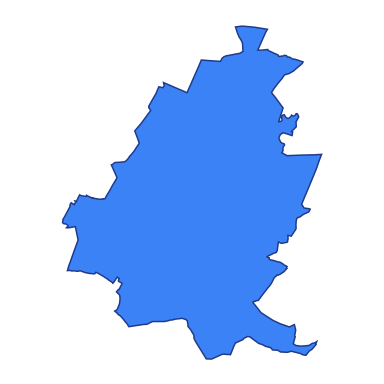 Ayapango, México, Mexico (Albers equal-area conic projection), rotated 181°
{"feature_id": "50627088B15580973923265", "entity_name": "Ayapango", "entity_type": "district", "adm_level": 2, "iso_a3": "MEX", "parent_name": "Mexico", "parent_adm1": "México", "projection": "albers", "projection_center": [-98.817, 19.12], "detail": "fine", "context": "isolated", "style": "filled", "palette": "blue", "viewbox_px": 384, "rotation_deg": 181, "n_neighbors": 0, "source": "geoboundaries", "source_scale": "gbopen_adm2", "svg_char_len": 5861}
<svg xmlns="http://www.w3.org/2000/svg" viewBox="0 0 384 384"><g transform="rotate(181 192 192)"><path d="M174.8,25.4L169.5,25.3L160.8,29.4L158.8,30.3L158.2,30.4L151.1,30.1L150.7,30.0L148.9,34.7L147.5,38.4L146.0,41.7L138.3,45.4L137.7,46.5L133.9,48.5L131.6,48.2L128.9,46.2L123.5,42.4L122.8,41.8L118.8,40.6L115.9,39.0L110.5,37.7L108.8,35.5L103.6,35.3L100.7,33.6L93.7,33.4L89.9,34.5L81.1,32.5L78.4,31.2L75.3,30.7L72.9,33.8L71.8,35.2L69.3,36.8L67.3,39.2L65.2,41.8L65.4,42.5L65.5,42.5L64.7,44.6L67.0,43.1L69.1,42.8L72.1,40.7L76.4,40.1L80.7,39.8L85.6,40.4L87.6,41.8L88.1,42.1L86.3,49.0L86.4,49.4L86.9,49.8L86.1,54.3L86.1,54.6L85.9,55.7L87.3,61.2L90.3,59.8L91.0,59.2L92.7,58.9L101.5,61.8L104.6,63.2L108.7,65.0L120.8,72.5L129.1,82.6L128.6,83.5L126.7,83.9L125.0,84.7L123.8,84.7L118.9,91.6L114.0,98.1L112.6,99.7L111.0,102.1L108.5,107.3L107.4,108.7L106.2,109.5L105.5,110.5L104.7,110.3L103.0,111.0L102.3,111.4L101.5,112.0L99.1,113.6L98.5,114.1L97.7,115.0L95.9,117.1L96.4,117.2L96.3,117.4L95.6,119.1L97.3,120.1L98.4,120.4L100.1,121.9L102.9,123.4L105.0,123.7L109.5,125.0L112.3,125.5L113.2,125.8L113.4,126.2L113.7,126.8L113.6,127.5L115.1,127.9L115.9,128.7L108.6,132.5L106.8,132.9L105.8,134.8L105.0,141.4L104.7,143.5L103.7,143.1L101.7,142.2L96.0,143.4L95.4,144.3L95.6,145.1L95.1,146.7L95.4,150.3L92.0,149.6L87.7,156.3L87.3,157.5L87.5,160.9L87.5,161.2L87.3,165.1L86.6,167.7L84.6,168.7L84.3,168.7L84.0,168.8L83.8,168.9L83.3,169.2L82.6,169.8L80.4,171.4L80.0,171.7L75.6,173.8L75.2,174.0L74.8,174.3L74.5,174.8L74.2,175.5L73.5,176.9L74.6,177.3L79.8,178.0L82.1,181.7L79.8,187.7L77.4,193.6L72.9,205.0L68.0,217.5L65.4,225.6L63.1,231.9L71.7,231.2L73.5,231.2L83.1,230.8L97.5,230.0L102.9,232.8L101.7,234.9L101.7,235.9L102.1,236.7L101.2,239.3L100.3,240.6L100.4,241.4L101.1,242.0L102.5,242.2L103.5,243.0L104.3,243.4L104.6,244.2L105.3,245.7L105.8,246.4L106.0,248.0L104.6,251.1L103.2,251.9L102.1,252.9L97.4,251.6L95.3,250.9L92.9,250.2L92.4,253.8L93.6,254.2L88.9,259.0L89.2,264.0L86.6,268.9L87.9,271.9L89.1,272.2L90.4,270.4L91.2,269.8L92.1,269.8L93.0,270.1L93.8,270.6L94.2,269.5L96.2,267.6L97.5,267.2L99.6,268.4L101.0,270.8L101.8,270.7L102.4,270.5L102.9,270.1L103.4,269.4L103.6,268.8L103.8,268.0L103.6,267.3L103.3,266.5L103.3,265.4L103.5,264.8L104.7,264.1L106.6,263.8L102.4,277.6L111.0,288.9L113.1,291.3L114.2,293.0L111.7,297.0L107.8,302.3L103.9,307.1L101.6,310.7L96.8,312.2L95.4,313.1L92.7,314.7L88.3,318.7L86.7,320.0L84.0,322.5L83.2,324.0L90.5,326.3L92.3,326.7L93.6,326.6L95.9,328.0L97.3,328.7L98.0,328.6L98.7,328.5L99.2,328.9L100.0,330.0L101.0,330.1L102.0,330.3L103.0,329.7L103.9,329.5L105.3,329.4L106.6,328.9L107.8,329.3L108.0,330.2L109.1,330.8L110.2,331.3L111.3,331.8L112.7,332.2L113.8,332.9L114.9,333.3L116.2,333.9L117.2,334.3L118.1,334.9L118.7,335.2L118.8,335.8L119.2,335.8L119.5,335.7L121.8,335.4L123.0,335.3L124.1,335.1L125.5,335.0L126.4,335.0L127.1,335.0L128.7,335.1L125.8,341.9L121.1,353.0L119.4,356.0L125.6,356.9L131.4,357.7L135.2,358.1L142.5,358.6L145.2,358.7L145.8,358.6L151.4,357.8L151.1,357.0L149.3,351.6L148.3,349.4L147.6,347.8L145.9,345.3L144.3,342.4L144.1,341.0L143.9,339.5L143.5,333.4L146.7,331.5L160.3,328.7L162.4,327.8L164.2,326.3L165.8,323.1L176.0,323.6L184.5,324.1L185.0,324.1L187.2,318.5L198.7,291.2L222.4,300.9L221.6,297.9L222.9,295.8L227.0,296.6L228.9,291.9L229.7,289.9L230.5,288.4L231.5,286.6L232.8,284.3L233.4,283.2L233.8,282.6L234.8,280.6L236.7,277.1L236.7,276.3L236.7,275.5L234.7,272.9L240.9,264.1L244.2,259.5L250.3,252.1L249.6,250.3L247.6,245.3L247.2,244.3L245.6,239.8L249.2,234.2L249.8,233.1L250.8,231.6L253.2,228.6L255.2,226.4L255.5,225.6L256.9,223.7L258.3,222.2L259.7,221.1L263.8,220.6L269.7,220.1L271.7,218.4L273.1,217.7L267.2,205.0L268.8,202.1L271.8,196.9L274.1,192.4L276.2,188.8L277.5,186.6L278.8,183.8L281.3,183.6L281.2,183.3L283.3,183.1L286.3,183.4L287.7,183.7L289.6,183.9L291.3,184.0L291.1,184.5L291.9,184.5L292.5,184.6L293.5,185.0L294.1,185.3L295.9,186.0L297.4,186.9L297.9,185.8L299.5,185.9L301.1,186.1L302.6,186.4L303.3,186.7L304.3,187.2L306.4,182.9L307.3,180.7L308.8,181.0L308.1,179.9L308.8,178.7L309.5,177.3L312.5,179.1L312.6,178.8L313.3,178.3L313.6,177.3L314.0,174.8L319.0,165.0L320.5,162.5L320.4,162.3L320.5,162.0L320.6,161.6L320.5,161.2L320.7,160.6L320.7,160.2L320.8,159.6L320.9,159.2L320.3,158.5L319.8,158.1L319.3,158.1L318.8,158.0L318.5,157.9L318.1,157.9L317.8,157.8L317.4,157.8L316.9,157.6L316.4,157.2L315.9,156.8L315.4,156.2L315.3,155.8L315.5,155.5L316.3,154.8L316.9,154.1L315.5,154.0L314.7,154.1L314.1,154.2L313.2,154.3L312.1,154.6L310.8,154.8L309.9,155.0L308.0,155.3L306.2,147.1L305.8,145.4L305.2,142.8L305.1,141.8L307.6,134.6L310.7,125.4L312.7,119.4L314.0,115.7L315.2,111.2L313.3,111.5L311.0,111.0L308.3,111.1L305.0,110.7L302.4,111.3L299.8,110.4L297.5,109.6L293.8,108.9L288.2,108.4L287.5,108.9L287.0,109.8L286.7,110.1L286.4,109.9L285.4,109.5L283.0,108.3L281.9,107.7L280.1,106.7L279.3,106.2L277.3,104.9L276.9,104.7L275.2,103.6L273.6,102.4L271.8,101.3L271.7,101.3L270.9,100.7L270.1,100.1L269.9,99.9L269.6,99.4L269.2,99.7L269.0,99.9L267.6,102.0L265.3,105.6L263.2,104.3L263.7,103.7L264.0,102.2L264.0,101.6L263.4,101.2L262.3,100.6L261.5,100.1L260.4,99.5L260.6,99.1L260.5,98.7L261.7,96.5L263.0,93.6L263.8,93.3L264.2,92.9L264.2,92.7L264.3,92.5L264.5,92.5L265.8,90.8L265.0,90.0L263.7,88.9L262.6,87.8L262.2,85.8L262.1,83.7L262.2,82.3L262.3,81.0L262.5,79.5L262.7,78.8L262.9,78.0L263.6,76.3L264.1,74.7L264.4,74.0L264.9,73.2L265.3,72.7L265.9,72.3L266.9,71.9L267.2,71.6L264.5,69.4L263.7,68.2L261.4,66.9L258.0,63.1L256.7,61.4L255.0,59.5L254.3,58.9L254.0,58.2L253.7,57.5L252.7,56.2L252.3,56.3L244.2,57.7L237.7,58.8L234.9,58.9L229.1,61.8L217.1,62.0L215.8,62.4L213.6,62.8L212.4,63.3L211.2,63.6L209.8,63.7L208.3,64.0L207.1,64.5L205.0,64.8L203.3,65.0L199.9,65.5L198.1,65.1L196.0,64.4L194.5,63.3L194.2,61.6L193.7,59.7L193.7,57.5L190.6,53.9L189.4,51.7L187.5,48.7L187.5,45.8L186.0,42.8L174.8,25.4Z" fill="#3b82f6" stroke="#1e3a8a" stroke-width="1.5"/></g></svg>